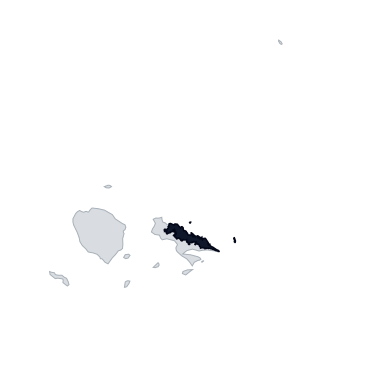 Macuata, Northern, Fiji shown in context, rotated 52°
{"feature_id": "14151628B42533076410957", "entity_name": "Macuata", "entity_type": "district", "adm_level": 2, "iso_a3": "FJI", "parent_name": "Fiji", "parent_adm1": "Northern", "projection": "robinson", "projection_center": [179.331, -16.232], "detail": "fine", "context": "in_parent", "style": "filled", "palette": "ink", "viewbox_px": 384, "rotation_deg": 52, "n_neighbors": 0, "source": "geoboundaries", "source_scale": "gbopen_adm2", "svg_char_len": 7880}
<svg xmlns="http://www.w3.org/2000/svg" viewBox="0 0 384 384"><g transform="rotate(52 192 192)"><path d="M180.4,267.9L180.4,270.1L181.7,271.0L182.9,271.1L186.0,275.3L190.8,278.8L193.7,281.5L193.9,283.8L193.0,286.3L194.2,290.7L194.8,295.2L196.9,302.4L193.9,303.8L189.2,304.0L188.2,305.3L186.6,304.6L182.7,305.1L179.0,307.5L175.4,310.7L171.3,310.7L166.7,311.4L162.1,310.9L158.9,309.2L153.2,307.3L145.6,305.7L142.5,304.4L139.8,302.3L137.4,297.0L137.0,294.4L137.4,291.9L139.6,291.0L141.4,289.7L141.7,288.1L142.5,286.9L143.6,286.5L144.1,285.7L143.3,283.0L143.1,280.6L147.5,276.1L152.3,272.2L160.8,268.7L166.0,269.0L174.0,266.3L176.5,265.0L179.0,265.8L180.4,267.9ZM253.5,209.3L247.0,215.7L244.7,219.1L242.8,222.8L237.3,226.8L235.0,232.1L235.1,237.5L240.6,231.8L246.7,227.2L248.6,226.3L250.5,226.4L250.4,227.9L249.5,229.5L248.8,233.6L250.4,237.3L245.9,237.0L241.4,237.3L236.0,239.4L230.8,240.3L228.8,240.4L226.9,239.6L225.7,238.6L224.7,236.0L223.8,235.7L219.6,235.8L213.3,240.7L211.3,244.9L208.9,245.1L206.0,244.2L202.6,247.4L198.5,248.6L196.8,245.9L195.6,242.5L194.1,240.1L189.6,239.4L190.3,236.4L191.5,235.2L192.6,233.4L193.3,231.4L195.4,232.7L197.7,233.5L200.1,232.0L202.7,231.8L205.3,227.4L209.3,224.6L214.9,222.4L220.5,220.8L223.5,220.5L226.2,219.6L231.2,215.4L234.4,213.2L238.0,211.9L241.4,211.2L244.5,211.8L247.0,211.5L253.5,208.5L253.5,209.3ZM189.3,346.0L189.3,348.1L183.9,349.5L182.1,347.7L180.9,347.4L177.6,350.5L176.7,351.7L176.4,352.7L175.6,353.2L169.6,354.6L167.0,353.2L168.7,352.2L170.9,350.2L173.1,350.5L175.3,348.6L177.5,345.8L180.6,345.1L182.8,344.0L186.5,344.8L189.3,346.0ZM253.5,248.0L250.3,249.8L249.1,248.0L250.5,243.7L253.5,239.3L253.4,242.9L253.5,248.0ZM225.8,303.5L225.5,303.9L221.8,300.0L221.9,298.5L222.5,297.1L224.0,295.8L225.3,298.0L226.4,301.7L225.8,303.5ZM203.7,285.3L201.5,286.2L200.3,283.2L202.0,280.2L203.8,279.9L204.7,283.0L203.7,285.3ZM228.9,267.7L227.5,269.0L226.8,262.3L228.3,262.3L229.4,263.0L230.0,264.7L228.9,267.7ZM136.0,256.9L133.8,257.8L135.0,253.9L136.2,252.7L137.0,252.4L138.2,252.1L137.8,254.9L136.0,256.9ZM130.6,30.8L129.0,31.3L126.3,30.9L125.7,30.1L126.6,29.9L128.3,29.4L130.5,29.6L130.9,30.2L130.6,30.8ZM253.5,227.4L252.9,227.4L252.8,226.5L253.5,224.9L253.5,227.4Z" fill="#d9dde1" stroke="#a8b0b8" stroke-width="1"/><path d="M209.1,237.7L209.1,237.4L209.8,237.2L209.9,235.6L210.4,234.9L210.4,234.6L210.6,234.3L210.1,233.9L210.3,233.7L210.1,233.6L210.2,233.3L210.6,233.3L210.5,232.7L210.6,232.4L210.8,232.4L211.0,232.1L211.1,231.8L210.9,231.8L210.9,231.6L211.0,231.2L210.9,231.1L211.3,230.7L210.9,230.5L211.1,230.4L210.9,230.2L211.0,229.9L210.9,230.0L210.3,229.6L210.4,229.2L210.9,229.7L211.3,229.4L211.3,229.9L211.5,230.1L212.0,230.0L212.0,230.3L211.6,230.5L211.7,231.0L211.8,231.0L211.8,230.6L212.2,230.7L212.5,230.5L212.4,230.3L212.5,230.1L212.8,230.0L212.8,229.5L212.9,229.3L213.4,229.4L213.5,229.5L213.3,229.7L213.3,229.9L213.5,229.9L213.6,230.1L213.7,229.9L213.9,229.9L214.2,229.6L214.7,229.7L214.7,229.9L214.9,230.0L214.9,230.5L215.0,230.5L214.9,230.7L215.1,230.7L214.9,230.8L215.0,230.9L215.1,231.1L215.2,230.8L215.6,231.2L215.7,231.7L215.6,232.1L215.4,232.3L215.3,232.6L215.1,232.2L214.9,232.4L214.7,232.4L214.7,232.7L214.8,232.9L214.8,233.2L215.2,233.1L215.5,232.8L215.7,233.0L216.3,233.0L216.5,232.7L216.9,232.8L217.0,232.8L217.1,233.0L217.2,232.9L217.5,232.6L218.1,232.6L218.3,232.9L218.6,233.0L219.1,232.9L219.5,233.0L219.6,232.9L219.6,232.6L219.7,232.3L219.6,232.2L219.8,232.1L219.8,231.8L219.7,231.6L219.9,231.4L219.9,231.0L220.2,230.6L220.7,230.5L221.2,230.7L222.3,230.0L222.6,230.1L223.0,230.5L223.4,230.5L223.8,230.2L224.0,230.3L224.4,229.9L224.3,229.6L224.4,229.2L224.4,228.9L224.0,228.8L223.9,228.5L224.4,228.0L224.6,228.0L224.8,227.7L225.1,227.5L225.1,227.4L225.7,226.8L226.3,225.9L226.3,225.6L226.6,225.8L227.9,225.8L228.0,226.1L227.8,226.1L227.6,226.3L227.6,226.5L228.2,226.4L228.2,226.8L228.4,226.9L229.4,226.5L229.5,226.5L229.6,226.3L229.9,226.5L230.4,226.4L231.0,226.9L231.6,226.7L231.8,226.2L231.1,226.1L230.8,225.5L230.7,225.0L230.6,224.8L230.9,224.4L231.2,224.3L231.5,223.4L231.8,223.4L232.0,223.0L231.9,222.7L232.1,222.4L231.6,222.2L232.0,221.8L231.9,221.4L232.5,221.1L232.5,220.9L232.8,220.6L233.1,220.3L233.3,220.2L233.6,220.0L233.6,219.9L233.9,219.6L234.0,219.4L234.2,219.6L234.1,219.9L233.9,220.0L233.9,220.6L234.0,220.7L234.4,220.6L234.3,221.1L234.5,220.8L234.8,220.8L234.8,221.4L235.1,222.0L235.6,221.8L235.6,221.6L235.4,221.1L235.6,220.7L235.7,220.4L235.7,220.1L235.8,220.1L236.1,219.9L236.1,219.5L236.5,219.6L236.6,219.3L237.1,219.4L237.3,219.1L237.8,218.7L238.5,219.2L238.8,219.2L239.1,219.4L239.8,219.4L240.1,219.2L240.5,219.4L241.0,219.3L241.1,219.5L241.3,219.5L241.5,219.7L241.7,219.0L241.9,218.9L242.0,218.8L242.2,218.6L242.3,218.1L242.5,217.7L242.7,217.4L243.1,217.4L243.4,217.2L243.5,217.0L243.7,216.8L243.9,216.8L244.0,216.7L244.3,216.3L244.7,216.6L245.1,215.8L245.1,215.5L245.3,215.4L245.5,215.1L245.6,214.8L246.1,213.9L246.7,213.7L246.7,213.4L246.9,213.2L247.0,213.0L247.4,212.6L248.1,212.3L249.0,211.3L249.6,211.2L250.3,210.8L250.5,210.6L250.6,210.2L250.8,210.2L251.3,210.1L252.1,209.7L252.2,209.4L252.5,209.2L252.6,209.3L253.2,209.1L253.5,208.7L253.5,207.7L253.2,207.8L253.0,208.0L251.6,208.5L250.9,208.7L248.1,209.6L246.8,210.5L246.2,210.4L245.8,210.5L245.5,210.8L244.4,210.9L244.3,210.7L244.3,210.1L244.0,210.0L243.8,210.2L243.8,211.6L243.3,211.5L243.2,211.1L242.6,211.0L242.4,211.1L242.2,210.5L241.9,210.4L236.8,210.0L236.3,210.5L236.0,211.3L236.2,211.7L236.2,212.0L235.9,212.5L235.9,212.8L236.2,213.3L235.7,213.3L235.6,212.3L235.4,211.9L235.1,212.0L234.8,212.3L234.6,213.0L235.0,213.1L235.0,213.3L234.8,213.5L234.3,213.5L234.1,212.8L233.9,212.7L233.7,212.3L233.6,212.2L233.5,213.2L233.6,214.2L233.3,213.9L233.3,213.6L233.0,213.5L232.1,213.7L232.0,214.1L232.5,214.4L232.5,214.8L232.2,214.7L231.8,215.2L231.7,214.6L231.3,214.5L231.3,215.2L231.1,215.1L231.1,214.7L231.2,214.4L230.9,214.1L230.7,214.1L229.9,214.6L229.8,215.4L229.6,215.9L229.5,216.4L229.5,216.9L229.1,216.5L228.8,216.6L228.6,216.8L228.3,216.6L228.0,216.8L227.9,217.1L228.0,217.4L227.7,217.9L228.1,218.5L228.1,218.8L227.8,218.8L227.8,218.4L227.6,218.3L227.4,218.4L227.3,218.7L226.9,218.5L226.4,218.5L225.8,218.9L225.7,219.5L225.4,219.5L225.1,219.7L225.2,220.0L224.6,220.2L224.2,220.9L223.8,221.1L223.4,221.5L222.6,221.6L222.3,221.4L221.9,221.3L221.5,221.0L220.8,221.2L220.5,221.2L220.3,221.4L220.1,221.3L220.2,221.2L219.9,220.9L219.4,220.8L218.0,221.5L217.4,222.4L216.3,222.0L214.7,221.0L213.2,221.2L212.8,221.8L213.0,222.5L213.3,223.2L212.5,223.3L209.3,223.4L208.5,223.3L208.1,224.0L207.7,224.0L207.2,224.6L206.9,224.8L206.8,225.0L206.6,225.5L207.1,226.1L206.9,226.5L206.6,226.7L205.8,227.1L205.5,227.5L204.9,227.6L203.6,228.3L203.1,229.2L203.0,229.7L203.2,229.9L203.7,230.0L204.0,230.2L204.1,230.6L204.0,230.8L204.6,231.3L204.6,231.5L204.7,231.4L204.9,231.5L205.3,232.0L205.4,231.9L205.5,232.1L205.4,232.1L205.5,232.4L205.7,232.6L205.6,232.9L205.7,233.0L205.7,233.8L206.1,234.3L206.1,234.5L206.4,235.0L206.2,235.0L205.9,235.2L205.8,235.6L205.8,235.9L205.3,235.9L204.7,236.1L204.5,236.6L204.7,237.2L205.0,237.4L205.4,237.5L205.6,237.5L206.1,237.4L206.3,237.5L206.4,237.8L206.7,237.5L206.7,237.3L207.1,237.1L207.1,236.9L207.4,236.6L207.7,236.9L207.8,236.8L207.9,237.0L208.2,237.0L208.4,237.4L208.6,237.5L208.6,237.9L208.7,237.7L209.1,237.7ZM227.2,217.1L226.8,216.9L226.5,217.1L225.5,217.1L224.6,217.4L223.9,217.5L223.7,217.7L223.7,218.0L224.4,218.2L224.8,218.6L226.3,218.5L227.2,217.7L227.2,217.1ZM257.3,187.9L254.1,186.8L254.0,187.0L254.3,187.6L254.7,187.9L255.7,187.9L256.4,188.3L257.3,189.3L258.2,189.2L258.3,189.0L258.0,188.6L257.3,187.9ZM255.4,207.1L253.8,207.4L253.5,207.7L253.5,208.7L254.1,208.2L254.8,208.0L255.0,208.0L255.1,207.6L255.5,207.3L255.4,207.1ZM215.0,212.8L215.3,212.6L215.2,212.4L215.2,211.9L214.9,211.6L214.5,212.2L214.7,212.8L215.0,212.8Z" fill="#0f172a" stroke="#020617" stroke-width="1.5"/></g></svg>